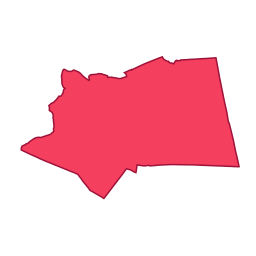 Nong Chok, Bangkok Metropolis, Thailand (Robinson projection), rotated 86°
{"feature_id": "78962969B63126335713570", "entity_name": "Nong Chok", "entity_type": "district", "adm_level": 2, "iso_a3": "THA", "parent_name": "Thailand", "parent_adm1": "Bangkok Metropolis", "projection": "robinson", "projection_center": [100.852, 13.842], "detail": "fine", "context": "isolated", "style": "filled", "palette": "rose", "viewbox_px": 256, "rotation_deg": 86, "n_neighbors": 0, "source": "geoboundaries", "source_scale": "gbopen_adm2", "svg_char_len": 5641}
<svg xmlns="http://www.w3.org/2000/svg" viewBox="0 0 256 256"><g transform="rotate(86 128 128)"><path d="M174.3,19.9L165.9,21.1L158.2,22.4L147.8,23.7L137.8,25.4L130.4,26.7L128.3,27.5L121.9,28.1L120.1,28.2L106.8,30.2L105.7,30.3L103.9,30.6L102.9,30.7L99.5,31.1L95.9,31.6L95.2,31.7L90.9,32.2L88.9,32.5L86.3,32.8L84.8,33.1L84.0,33.2L83.6,33.2L79.8,33.6L65.5,35.2L64.1,35.4L64.1,39.0L64.1,39.9L64.1,42.2L64.1,42.8L64.1,46.9L64.0,48.5L64.0,53.8L64.0,57.2L63.9,60.6L63.9,64.2L63.9,65.4L63.9,66.6L63.8,70.7L63.9,70.9L64.2,71.0L64.3,71.0L64.4,72.7L64.4,74.5L63.9,74.5L63.9,74.8L64.0,75.3L64.2,75.6L64.9,76.4L65.5,76.8L66.0,77.1L66.9,77.7L67.2,77.9L67.0,78.5L66.4,79.3L66.3,79.5L66.1,81.1L66.1,81.4L65.9,81.7L65.6,82.2L65.4,82.4L65.2,82.5L64.8,82.6L64.5,82.7L64.3,82.9L64.1,84.3L64.0,84.6L63.9,84.7L63.5,85.2L62.6,86.8L61.8,87.6L61.1,87.8L60.8,88.1L60.5,88.4L60.4,88.6L60.2,88.6L59.9,88.7L59.4,88.8L59.7,89.7L60.1,91.4L65.1,107.0L67.1,112.2L69.5,118.5L69.8,118.9L70.0,119.6L70.4,120.4L69.9,120.6L70.4,121.5L70.6,122.6L70.7,123.1L71.1,123.9L71.6,125.1L72.5,127.7L73.5,126.7L74.1,126.3L76.0,125.8L76.3,125.8L76.8,126.0L77.2,128.5L77.9,130.9L78.1,132.2L78.1,133.3L78.1,133.6L78.0,134.0L77.7,134.9L77.5,135.7L77.1,136.7L77.0,137.8L76.3,140.4L76.2,140.8L76.1,141.3L76.2,142.1L76.0,143.5L76.0,143.8L76.2,144.7L75.7,144.8L74.6,144.8L74.4,144.9L74.3,145.2L74.1,145.9L74.0,146.3L73.4,147.3L73.0,148.5L72.8,149.2L72.3,150.2L72.1,150.5L71.7,153.6L71.7,154.0L72.2,154.7L72.2,155.0L72.1,155.9L72.2,157.1L72.2,157.5L72.2,158.6L72.2,159.8L72.3,161.4L72.4,161.7L72.4,161.9L73.2,162.9L73.7,163.3L74.0,163.5L74.3,163.5L75.7,163.4L76.9,163.1L77.5,163.2L77.9,163.5L77.6,163.9L77.1,164.6L76.3,165.5L75.1,167.2L74.0,168.3L72.7,169.7L72.4,169.9L71.0,171.0L70.7,171.2L70.2,171.6L69.7,172.2L69.2,172.7L68.9,173.1L68.4,173.8L68.0,174.7L67.3,176.1L66.6,177.4L66.5,177.7L66.4,178.0L66.8,179.0L67.3,179.7L67.4,180.1L67.5,180.7L67.6,181.0L67.4,182.3L67.4,182.8L67.3,183.4L67.2,183.9L66.8,184.6L66.5,185.1L65.8,186.2L65.5,186.5L65.0,187.5L65.0,187.8L65.1,188.1L65.2,188.3L65.3,188.4L65.6,188.7L66.9,189.3L67.4,189.5L69.7,190.2L70.3,190.5L70.7,190.5L71.5,190.7L72.2,190.8L74.6,190.6L76.0,190.7L77.2,190.7L77.9,190.7L78.8,190.8L79.9,190.6L81.1,190.3L82.6,189.7L82.9,189.6L83.0,189.5L83.5,188.6L83.8,188.2L84.2,188.0L84.5,188.6L84.8,189.0L85.1,189.3L85.9,189.7L86.9,190.0L87.6,190.1L88.7,190.5L90.5,191.8L91.5,192.7L91.6,192.9L91.6,193.4L91.5,194.4L91.4,194.7L91.7,195.0L92.2,195.4L92.5,195.5L92.9,195.8L93.8,196.8L94.1,197.0L94.3,197.2L94.9,197.7L95.6,198.5L96.0,199.1L96.7,199.9L97.1,200.3L97.4,200.6L97.8,202.1L98.2,203.0L98.6,203.5L99.3,204.1L99.5,204.6L99.7,204.8L99.8,205.1L100.0,205.3L100.5,205.4L101.2,205.1L102.4,204.9L102.8,205.0L103.4,205.1L104.6,205.3L104.9,205.3L105.2,205.1L105.9,204.1L106.9,202.9L108.3,202.1L109.0,201.9L109.5,201.8L110.5,201.8L111.1,201.8L112.6,202.1L113.4,202.0L114.7,201.8L114.9,201.9L115.8,201.8L118.0,201.8L118.6,201.7L121.4,201.7L122.1,201.8L122.5,201.9L123.0,202.2L123.6,202.4L124.8,202.4L126.0,202.3L126.1,202.5L126.7,203.0L127.1,203.5L127.4,203.9L127.7,204.4L128.7,205.4L128.8,205.8L129.5,207.9L129.8,208.7L129.7,209.4L129.8,209.7L130.1,210.7L130.5,211.4L130.5,211.8L130.5,212.0L130.5,212.4L130.6,212.7L130.6,212.9L130.9,213.7L131.1,214.3L131.3,214.9L131.3,215.5L131.3,216.2L131.2,216.9L131.0,217.6L131.0,218.1L131.1,219.1L131.2,219.6L131.2,219.8L131.2,220.1L131.3,220.6L131.7,221.7L132.8,223.9L133.6,225.1L133.7,225.4L135.4,227.9L136.1,228.6L137.0,231.3L137.3,231.5L137.5,231.9L137.7,232.3L138.0,233.4L138.3,234.0L138.7,234.7L139.0,235.1L139.3,235.3L139.6,235.4L140.2,235.7L141.2,235.9L141.8,235.9L142.4,236.1L143.1,234.9L143.6,234.1L144.3,232.8L144.9,231.7L145.2,231.2L146.9,228.2L147.1,227.8L147.5,227.2L149.1,224.1L150.3,221.8L150.9,220.8L151.2,220.1L151.9,219.0L152.1,218.7L152.9,217.2L153.0,217.0L153.2,216.6L155.1,212.9L155.8,211.6L156.1,210.9L156.9,209.2L157.4,208.2L157.9,207.0L158.6,205.8L159.7,203.5L159.8,203.3L160.1,202.9L160.3,202.3L160.5,201.7L161.1,200.8L161.6,199.6L162.3,198.1L162.7,197.5L163.1,196.5L163.9,195.0L164.1,194.5L166.5,189.7L167.2,188.2L168.6,185.2L169.4,183.7L169.8,183.1L170.5,181.6L171.1,181.1L171.3,180.9L172.8,180.0L175.4,178.2L176.2,177.8L176.9,177.4L180.5,175.0L182.0,173.8L183.2,173.1L184.0,172.4L187.3,170.4L187.9,169.9L188.1,169.5L188.4,168.8L188.8,168.3L189.6,167.1L190.2,166.2L195.1,158.9L196.6,157.0L194.7,155.3L193.9,154.6L193.1,153.8L192.7,153.5L191.2,152.2L189.3,150.5L188.4,149.8L187.5,148.9L186.9,148.4L186.7,148.2L186.1,147.7L185.7,147.4L185.0,146.8L184.7,146.4L184.1,145.9L183.6,145.6L182.4,144.4L180.0,142.3L179.7,142.2L179.0,141.4L175.8,138.6L175.6,138.4L174.8,137.8L174.3,137.2L171.5,134.9L171.1,134.6L170.0,133.6L169.8,133.5L169.6,133.3L169.0,132.8L168.5,132.2L168.8,131.7L169.0,131.3L169.1,130.9L169.3,130.5L169.6,129.4L170.2,128.0L170.7,127.3L171.0,126.8L172.0,125.4L172.4,124.7L173.0,123.5L173.1,123.2L170.6,122.6L165.4,121.5L165.9,119.9L166.8,115.2L167.0,114.5L166.7,110.0L166.7,109.7L167.2,109.1L167.3,109.0L167.3,108.7L167.3,106.0L167.3,105.0L167.3,103.1L167.3,102.8L167.2,102.1L167.2,101.2L167.2,100.9L167.2,99.6L167.3,92.6L167.4,91.8L167.4,89.2L167.5,87.6L167.8,83.3L167.9,82.2L168.0,81.4L168.7,73.1L168.8,71.2L169.1,68.6L169.3,65.9L169.6,62.6L169.8,61.3L170.2,57.8L170.4,56.4L170.8,52.3L171.1,50.2L171.1,49.8L171.2,48.7L171.3,47.9L171.4,47.0L171.5,45.9L171.8,43.4L171.9,42.5L171.9,42.2L172.0,42.0L172.0,41.2L172.1,40.6L172.1,40.3L172.2,39.7L172.2,39.3L172.3,39.0L172.3,38.3L172.3,38.1L172.5,37.1L172.6,35.8L172.6,35.2L172.8,34.5L173.0,32.5L173.2,31.2L173.3,29.4L173.7,26.2L173.7,25.7L173.8,25.6L174.3,21.0L174.3,19.9Z" fill="#f43f5e" stroke="#9f1239" stroke-width="1.5"/></g></svg>